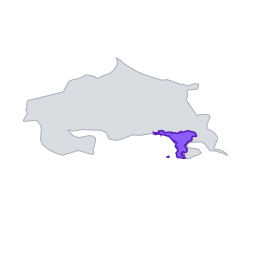 Osa, Puntarenas, Costa Rica (highlighted), rotated 326°
{"feature_id": "36466004B23652443238408", "entity_name": "Osa", "entity_type": "district", "adm_level": 2, "iso_a3": "CRI", "parent_name": "Costa Rica", "parent_adm1": "Puntarenas", "projection": "orthographic", "projection_center": [-83.568, 8.892], "detail": "fine", "context": "in_parent", "style": "filled", "palette": "violet", "viewbox_px": 256, "rotation_deg": 326, "n_neighbors": 0, "source": "geoboundaries", "source_scale": "gbopen_adm2", "svg_char_len": 7046}
<svg xmlns="http://www.w3.org/2000/svg" viewBox="0 0 256 256"><g transform="rotate(326 128 128)"><path d="M210.8,130.8L210.5,131.7L209.7,132.7L208.4,133.7L206.8,134.3L202.9,132.3L199.0,130.0L196.9,131.1L196.1,134.1L194.7,135.6L192.9,136.2L192.1,137.2L192.0,147.3L192.1,156.8L195.1,157.0L200.0,160.3L202.1,162.3L202.7,164.1L202.1,164.9L198.6,167.0L195.1,169.7L193.3,172.9L196.4,178.2L197.1,181.8L197.0,185.6L196.1,187.4L189.3,191.7L187.9,193.2L188.1,194.3L191.8,197.3L193.6,200.2L195.1,203.6L195.3,206.7L191.9,201.1L187.2,195.7L183.1,192.5L182.8,184.8L181.1,180.6L175.0,176.8L169.7,174.1L165.8,174.6L168.2,179.1L174.4,184.7L174.8,186.9L174.7,189.8L170.4,189.4L166.7,188.2L162.1,187.8L159.1,186.1L152.6,179.3L157.2,173.5L158.6,169.7L158.5,161.9L157.5,158.1L152.5,152.3L144.6,145.9L133.6,140.7L128.4,136.5L115.5,133.3L110.6,131.2L106.7,127.2L106.2,124.4L107.5,120.0L104.0,114.5L88.7,103.5L80.1,99.5L78.3,97.1L76.9,96.4L78.2,103.9L81.9,108.5L91.7,112.7L94.4,115.2L95.5,118.4L89.8,124.5L86.8,126.1L86.0,129.4L84.1,130.4L82.2,128.5L74.2,118.8L58.9,114.1L56.1,111.3L50.4,102.5L47.9,94.4L48.8,89.1L55.2,80.8L57.2,77.2L56.8,75.0L57.0,71.7L54.7,69.4L48.9,66.4L45.2,63.9L46.2,62.7L52.9,59.6L53.4,56.7L53.3,55.7L54.4,55.5L55.4,54.7L56.0,53.9L57.9,51.1L59.5,49.6L61.3,49.3L63.5,50.5L71.9,53.6L81.3,57.0L94.6,61.8L100.1,58.7L104.9,56.4L108.2,56.8L115.4,59.5L119.7,60.4L122.3,60.1L126.9,64.1L129.4,67.1L129.8,69.1L131.2,70.2L134.8,70.4L143.5,72.5L148.9,72.1L153.7,69.9L156.4,67.4L157.3,63.3L158.5,65.3L159.9,68.5L160.6,72.5L166.8,86.0L171.9,93.6L182.9,107.4L187.7,109.9L195.8,121.0L198.5,122.8L200.1,126.1L208.5,128.8L210.8,130.8Z" fill="#d9dde1" stroke="#a8b0b8" stroke-width="1"/><path d="M165.9,175.4L165.8,175.1L165.7,175.1L165.8,175.0L165.7,174.9L165.4,175.1L165.5,175.2L165.4,175.3L165.2,175.3L165.1,175.2L165.0,174.8L165.2,174.4L165.2,174.1L165.4,174.0L165.8,174.0L165.9,173.8L166.1,173.7L166.5,173.9L167.1,173.8L167.3,173.9L167.5,174.2L167.6,174.3L168.0,174.2L168.4,174.1L168.5,173.7L168.9,173.5L169.1,173.2L169.4,173.3L169.5,173.3L169.6,173.5L169.8,173.5L169.8,173.3L170.0,173.3L170.1,173.1L170.3,173.0L170.2,172.8L170.3,172.8L170.5,172.8L170.6,173.0L170.6,173.3L170.9,173.1L171.1,173.2L171.5,173.4L171.7,173.2L172.0,173.3L172.2,173.5L172.7,174.0L173.0,173.9L173.1,173.7L173.5,173.6L173.9,173.6L174.3,173.7L174.5,173.6L174.4,173.4L174.6,172.8L174.8,172.8L174.9,172.7L174.8,172.4L174.9,172.0L175.1,171.9L175.5,171.9L175.6,171.6L175.8,171.6L176.6,171.5L176.7,171.4L176.8,171.2L177.1,171.3L177.5,171.4L177.6,171.6L178.0,171.8L178.1,172.1L178.9,172.5L179.1,172.7L179.5,172.8L179.9,173.1L180.1,173.1L180.5,172.9L180.5,172.5L180.6,172.3L180.7,171.7L180.7,171.4L180.6,171.2L180.6,170.8L180.9,170.1L180.9,169.8L181.1,169.5L181.0,169.3L180.7,169.1L180.4,168.8L179.9,167.7L179.5,167.4L178.6,166.5L178.5,166.3L177.7,165.7L177.4,165.5L177.3,165.1L177.0,164.8L176.9,164.3L176.8,164.1L176.0,163.9L175.7,163.7L175.3,163.4L174.7,163.5L174.0,163.0L173.6,162.8L173.3,162.7L172.7,162.6L172.3,162.9L171.4,162.6L170.8,162.2L170.9,161.8L170.9,161.2L170.4,160.8L169.9,160.6L169.5,160.5L169.3,160.3L169.1,160.1L168.7,160.1L168.6,160.3L168.6,160.8L168.5,161.0L168.2,160.9L168.0,160.6L167.7,160.4L167.2,160.3L166.9,160.2L165.9,160.1L165.7,159.9L165.5,159.4L165.0,159.2L164.6,158.8L164.6,158.6L164.4,158.5L164.3,158.2L163.9,158.1L163.6,157.7L163.3,157.6L162.9,157.5L162.7,157.4L162.2,157.4L161.8,157.3L161.6,157.2L161.3,157.1L161.2,157.0L161.2,156.9L161.2,156.7L161.6,156.4L161.6,156.2L161.9,155.9L161.9,155.7L161.4,155.6L161.0,155.6L160.7,155.5L160.3,155.0L160.1,154.7L159.2,154.2L158.9,153.8L158.5,153.6L158.2,153.6L157.5,153.4L156.9,153.2L156.5,152.4L155.7,152.0L155.5,151.4L155.5,151.1L155.8,151.0L155.9,150.8L155.7,150.3L155.2,149.7L155.1,149.4L154.3,149.0L154.1,148.6L153.9,148.6L153.5,148.8L152.9,148.7L152.5,148.6L152.3,147.9L152.2,147.8L151.9,147.6L151.5,147.6L151.4,147.8L151.5,148.0L151.7,148.7L151.6,148.9L151.3,148.9L151.0,148.9L150.6,148.7L149.8,148.5L149.3,148.3L149.0,148.3L148.8,148.2L148.3,147.5L147.8,147.1L147.2,146.8L147.0,146.4L146.7,145.8L146.3,146.7L146.0,147.0L147.2,148.1L147.3,148.3L147.3,148.6L147.1,148.6L147.2,148.8L147.4,148.7L147.6,148.9L147.8,148.9L148.2,149.2L148.4,149.2L148.7,149.3L148.8,149.3L149.0,149.6L149.6,149.6L149.8,149.8L149.9,150.0L150.1,150.0L150.3,150.1L150.9,150.7L151.4,151.6L151.4,152.0L151.3,152.4L151.5,152.3L151.9,152.2L152.4,152.3L152.9,152.5L153.2,153.1L153.5,153.3L153.7,153.5L154.3,154.2L154.6,154.3L154.6,154.5L154.9,154.8L154.9,155.0L155.0,155.1L155.3,155.3L155.4,155.7L155.6,155.8L155.9,156.0L156.1,156.6L156.3,156.9L156.5,156.9L156.5,156.7L157.1,156.9L157.3,157.2L157.4,157.4L157.1,157.4L157.1,157.5L157.1,158.0L157.5,158.6L157.7,159.2L157.7,159.9L157.7,160.5L157.7,161.2L157.8,161.9L157.9,162.1L158.1,162.2L158.0,162.5L158.0,162.8L158.3,163.5L158.1,163.7L158.3,164.0L158.8,164.0L158.7,164.3L158.8,164.5L159.4,165.1L159.5,165.3L159.3,165.4L159.0,165.3L158.8,165.1L158.6,165.0L158.3,165.2L158.4,166.1L158.5,166.4L158.8,166.4L159.6,166.8L160.1,167.4L160.4,167.6L160.1,167.7L159.8,167.5L159.5,167.6L159.3,167.8L159.2,168.0L158.9,168.4L158.4,168.7L158.0,168.8L157.9,168.8L157.8,169.0L157.5,169.1L157.1,169.6L156.8,170.0L156.7,170.3L156.8,170.4L157.0,170.4L157.3,171.0L157.5,171.1L157.9,171.0L158.1,171.2L157.9,171.3L157.3,171.2L157.2,171.4L157.0,171.5L157.0,171.8L157.2,172.2L157.3,173.0L157.2,173.1L156.9,173.3L156.9,174.1L156.8,174.5L156.6,175.0L156.4,175.2L156.1,175.4L155.8,175.4L155.6,175.1L155.0,175.3L154.8,175.2L154.6,175.3L154.3,175.5L154.1,175.5L153.9,175.6L153.8,176.0L153.6,176.1L153.6,176.5L153.7,177.0L153.6,177.4L153.4,177.6L153.2,177.8L152.8,177.9L152.7,178.0L152.8,178.2L152.8,178.5L152.6,178.7L152.5,179.1L152.6,179.6L152.5,179.8L152.6,180.1L152.7,180.4L153.2,180.9L153.4,180.9L153.5,180.8L153.9,180.9L155.7,182.7L156.7,183.8L156.9,183.8L157.1,183.8L157.2,184.0L157.4,184.1L157.5,184.2L157.5,184.3L157.9,184.5L158.2,184.8L158.6,184.8L158.9,184.6L158.4,184.3L158.3,184.1L157.9,183.9L157.8,183.7L157.7,183.3L157.8,183.3L157.9,183.2L158.1,183.3L158.1,183.2L158.4,183.0L158.5,182.9L158.7,182.6L158.9,182.5L159.1,182.2L159.5,182.0L159.5,181.8L159.4,181.7L159.0,181.5L158.6,181.3L158.2,181.3L158.0,181.1L157.6,180.6L157.2,180.3L157.3,180.0L157.5,180.0L157.7,179.7L157.9,179.6L157.9,179.1L157.8,178.9L157.9,178.7L158.1,178.6L158.3,178.6L158.3,178.8L158.8,178.7L159.0,178.8L159.1,179.0L159.3,179.2L159.3,179.4L159.5,179.4L159.9,179.4L160.1,179.4L160.3,179.2L160.3,178.9L160.1,178.5L160.1,178.4L160.5,178.6L160.9,179.3L160.8,179.7L160.9,180.0L161.2,180.0L161.8,180.3L162.6,180.5L162.8,180.6L163.1,180.7L163.3,180.3L163.5,180.3L164.1,180.1L164.3,179.8L164.4,179.7L164.5,179.6L164.7,179.2L165.1,179.2L165.4,178.7L165.4,178.4L165.4,178.2L165.2,178.1L165.1,177.9L165.1,177.3L165.2,177.0L165.2,176.7L165.0,176.2L165.2,175.9L165.3,175.8L165.3,175.6L165.6,175.6L165.9,175.4ZM144.6,174.0L144.2,173.9L144.2,174.1L144.3,174.3L144.7,174.7L144.9,174.7L145.1,174.9L145.3,174.9L145.4,175.0L145.6,175.0L146.0,174.5L146.0,174.2L145.2,174.1L144.8,174.0L144.6,174.0Z" fill="#8b5cf6" stroke="#5b21b6" stroke-width="1.5"/></g></svg>